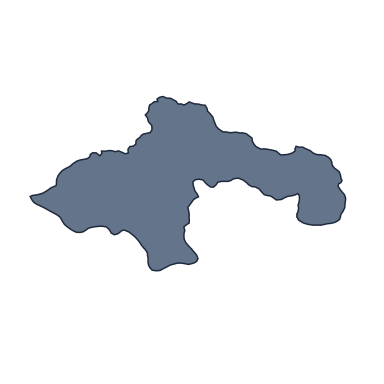 outline of Japonvar, Minas Gerais, Brazil, rotated 114°
{"feature_id": "56859067B29398843166976", "entity_name": "Japonvar", "entity_type": "district", "adm_level": 2, "iso_a3": "BRA", "parent_name": "Brazil", "parent_adm1": "Minas Gerais", "projection": "equal_earth", "projection_center": [-44.329, -15.933], "detail": "fine", "context": "isolated", "style": "filled", "palette": "slate", "viewbox_px": 384, "rotation_deg": 114, "n_neighbors": 0, "source": "geoboundaries", "source_scale": "gbopen_adm2", "svg_char_len": 3611}
<svg xmlns="http://www.w3.org/2000/svg" viewBox="0 0 384 384"><g transform="rotate(114 192 192)"><path d="M261.9,338.0L264.2,335.2L265.7,332.5L266.3,329.6L266.4,326.4L266.5,322.1L266.7,318.7L267.0,315.8L267.3,312.7L267.5,309.1L267.8,305.8L268.7,302.1L271.3,298.7L273.4,295.5L274.4,292.5L275.4,287.8L275.8,284.1L275.8,281.1L274.5,277.9L272.8,275.4L270.2,273.6L267.3,271.9L265.6,270.0L263.9,267.6L261.9,264.4L260.0,260.6L258.7,256.2L259.9,252.4L262.4,249.0L262.6,245.5L260.5,242.9L258.1,241.5L256.0,240.6L254.3,238.4L254.2,233.4L255.1,229.5L256.3,225.5L257.8,222.1L259.3,219.3L261.0,216.7L262.4,214.2L263.6,211.3L265.7,208.0L268.1,206.8L270.4,205.1L272.5,204.3L274.8,203.2L276.9,201.5L278.4,199.5L279.6,196.7L278.6,192.8L276.7,189.3L274.7,187.8L272.8,186.3L270.5,184.4L267.7,182.3L265.0,179.0L262.9,176.4L261.4,173.1L260.3,169.2L259.6,165.8L257.4,162.9L255.5,160.8L253.3,159.5L250.5,159.4L247.6,162.3L245.7,166.3L244.3,169.1L242.8,172.8L240.8,177.0L238.8,179.5L236.3,181.1L233.3,182.4L230.1,182.9L227.3,185.2L224.2,183.8L221.5,182.0L218.8,183.0L216.5,184.3L213.6,185.4L210.3,187.6L207.7,189.5L205.0,188.9L201.8,188.2L198.2,187.5L195.6,185.7L193.8,184.1L191.7,186.4L190.1,189.4L188.0,191.3L185.4,193.6L182.3,195.3L179.3,193.9L177.4,190.6L176.5,186.7L177.9,184.1L179.0,181.2L179.9,177.4L178.9,174.4L176.0,173.0L172.6,172.4L170.3,169.4L169.0,166.4L167.7,163.5L165.9,161.3L163.2,159.6L160.5,155.6L160.3,149.9L161.3,145.9L162.4,143.0L162.7,139.4L161.6,136.3L161.9,132.0L163.6,128.4L165.1,124.9L164.5,121.5L163.7,118.7L164.1,115.9L165.0,111.7L162.5,107.3L159.1,104.7L156.9,102.6L155.2,99.8L153.2,97.1L150.4,94.6L151.9,92.3L155.2,90.8L158.3,90.0L160.9,89.7L163.5,88.0L167.1,87.2L169.5,87.2L172.1,86.1L174.3,83.2L175.0,78.0L174.6,74.1L173.9,71.0L173.0,67.9L171.4,64.4L169.9,60.8L167.5,57.6L165.7,55.1L164.2,52.4L161.8,49.3L159.5,47.4L156.9,46.0L154.2,46.3L151.8,46.9L148.5,46.2L144.4,46.1L141.6,47.0L139.1,47.9L136.9,48.4L134.8,49.4L132.3,51.8L130.7,55.4L129.2,58.1L127.3,60.8L124.8,61.4L122.9,59.8L120.6,59.6L118.7,61.6L116.1,63.3L113.6,65.7L112.8,69.0L112.1,72.0L110.5,74.8L107.9,76.5L105.8,78.6L104.8,81.4L104.4,85.0L105.6,89.5L107.1,93.4L107.1,97.5L106.1,100.9L106.2,105.2L106.0,109.2L107.5,112.5L107.9,115.5L110.5,115.5L112.9,114.5L115.9,116.6L118.5,119.5L120.4,122.7L122.0,125.8L121.3,128.9L120.4,131.6L120.9,134.6L121.7,138.2L122.8,142.6L124.8,146.6L124.5,152.1L123.1,154.8L121.2,157.3L118.3,159.2L117.5,162.7L116.7,166.1L117.4,169.9L118.7,172.5L119.3,175.9L120.9,178.7L122.3,181.2L123.1,184.7L124.5,188.4L123.6,193.1L122.3,196.4L120.6,198.2L117.9,201.0L115.1,203.4L113.1,207.3L111.9,210.5L109.3,212.5L107.4,215.3L108.4,218.0L109.1,222.0L110.5,225.7L110.8,231.1L113.5,232.8L115.8,234.7L115.9,237.6L117.3,240.4L115.6,243.5L115.3,246.6L115.1,249.7L116.6,253.6L116.5,257.1L118.3,259.8L121.2,261.8L123.2,260.1L124.9,263.2L127.8,264.7L129.7,266.1L132.3,265.7L135.5,264.6L138.3,265.1L140.6,266.0L142.4,262.9L145.6,260.3L147.6,255.8L151.3,253.9L154.8,254.4L157.0,257.5L158.7,259.9L160.8,261.3L163.4,261.8L165.5,263.2L167.7,264.0L171.2,262.8L174.1,264.4L175.7,267.2L179.0,267.9L182.4,266.0L184.3,268.8L184.2,271.9L184.3,275.9L186.3,278.3L187.0,282.6L188.2,285.2L189.9,287.6L191.4,291.3L193.8,290.0L196.4,291.1L195.2,295.3L196.4,298.5L198.8,300.1L201.6,299.8L204.1,301.2L206.1,304.0L208.4,307.4L210.8,309.9L212.7,311.1L214.9,312.5L217.2,313.4L219.1,314.6L222.1,317.1L225.4,319.3L228.8,320.4L231.2,320.9L233.5,320.9L236.3,320.6L239.1,319.4L241.4,318.7L243.5,320.7L246.0,322.9L248.4,324.1L250.5,325.5L253.6,327.7L256.5,331.0L258.4,333.6L259.9,336.2L261.9,338.0Z" fill="#64748b" stroke="#1e293b" stroke-width="1.5"/></g></svg>